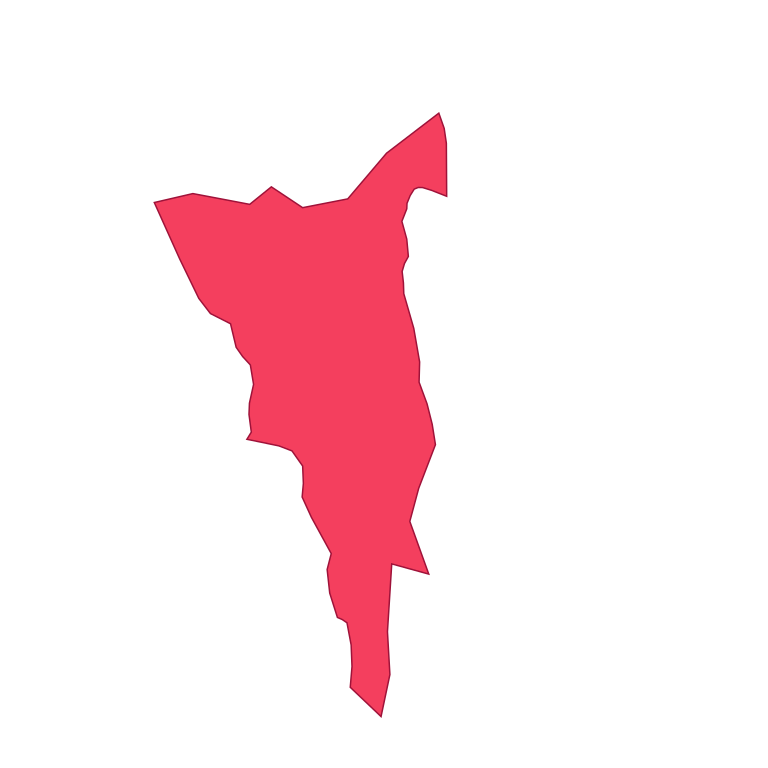 SVG path tracing the border of Kabarole, rotated 147°
{"feature_id": "UGA-3106", "entity_name": "Kabarole", "entity_type": "District", "adm_level": 1, "iso_a3": "UGA", "parent_name": "Uganda", "parent_adm1": "", "projection": "equal_earth", "projection_center": [30.23, 0.607], "detail": "fine", "context": "isolated", "style": "filled", "palette": "rose", "viewbox_px": 768, "rotation_deg": 147, "n_neighbors": 0, "source": "natural_earth", "source_scale": "10m", "svg_char_len": 999}
<svg xmlns="http://www.w3.org/2000/svg" viewBox="0 0 768 768"><g transform="rotate(147 384 384)"><path d="M190.5,581.3L194.3,565.6L200.6,551.9L229.2,507.3L233.9,513.9L238.7,520.6L244.6,527.7L248.3,530.2L252.5,531.0L259.4,527.8L266.3,523.0L269.5,518.5L280.4,510.7L286.0,493.1L294.1,477.7L301.2,473.9L307.5,468.5L312.7,458.1L318.2,449.0L328.7,414.5L342.1,383.1L353.6,366.4L358.7,343.9L365.5,324.0L373.9,305.1L411.6,277.7L437.2,254.7L450.0,200.2L475.5,228.9L516.0,174.4L537.3,137.1L567.6,106.7L577.5,148.0L564.7,164.5L553.7,183.0L545.1,203.9L547.3,209.2L550.2,213.6L543.4,238.2L532.7,259.4L520.6,270.5L517.5,311.7L514.2,333.8L505.8,344.5L496.9,359.5L497.6,378.0L505.9,389.4L529.1,412.3L521.5,415.9L513.8,432.0L507.3,441.2L493.6,454.7L485.7,472.8L487.6,484.0L488.0,495.3L479.9,518.1L491.2,537.6L492.7,556.6L487.2,600.4L477.8,661.3L440.6,647.8L427.3,635.1L413.7,622.1L398.8,607.8L371.1,610.7L356.2,576.2L313.6,559.0L256.1,576.2L190.5,581.3Z" fill="#f43f5e" stroke="#9f1239" stroke-width="1.5"/></g></svg>